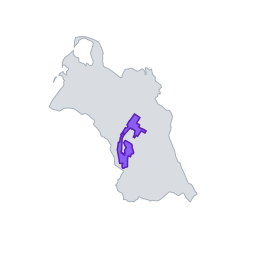 Tejen, Ahal, Turkmenistan (highlighted), rotated 34°
{"feature_id": "10190150B49022220136906", "entity_name": "Tejen", "entity_type": "district", "adm_level": 2, "iso_a3": "TKM", "parent_name": "Turkmenistan", "parent_adm1": "Ahal", "projection": "robinson", "projection_center": [60.242, 38.323], "detail": "fine", "context": "in_parent", "style": "filled", "palette": "violet", "viewbox_px": 256, "rotation_deg": 34, "n_neighbors": 0, "source": "geoboundaries", "source_scale": "gbopen_adm2", "svg_char_len": 6140}
<svg xmlns="http://www.w3.org/2000/svg" viewBox="0 0 256 256"><g transform="rotate(34 128 128)"><path d="M79.7,89.7L90.3,90.2L93.5,90.6L94.8,89.2L94.8,88.9L94.3,88.6L93.5,87.6L92.9,81.0L93.8,80.1L94.9,79.4L96.5,77.3L97.3,76.7L98.5,76.2L102.5,76.0L104.2,75.6L105.7,73.3L106.0,71.9L107.1,70.8L107.7,70.8L110.4,71.8L111.0,72.2L111.9,74.0L112.9,73.9L113.0,73.6L112.9,73.2L112.2,72.1L110.5,70.2L108.8,68.9L108.7,68.5L110.1,67.6L113.0,68.0L113.7,67.7L114.5,66.1L118.2,69.6L118.9,70.0L121.9,70.4L122.4,70.9L123.5,72.9L124.5,73.5L125.8,73.9L131.1,73.9L132.8,75.3L133.1,75.6L132.7,76.6L132.6,78.4L132.2,79.1L132.5,79.4L134.4,80.2L135.5,81.4L135.6,81.9L135.3,82.2L134.4,82.1L134.0,82.6L134.0,83.5L134.6,84.4L134.8,85.3L133.9,87.2L133.9,88.0L134.1,88.4L139.0,91.3L139.8,91.4L144.4,90.9L145.3,91.2L149.4,91.8L150.6,91.7L151.3,90.8L152.1,90.4L152.8,90.4L154.7,91.0L156.8,92.2L158.2,93.4L158.8,94.4L160.8,100.0L162.0,102.3L163.5,103.5L164.5,105.7L165.5,110.5L166.0,111.5L168.3,113.4L179.8,121.2L183.3,124.8L188.7,128.2L190.6,127.8L194.9,131.4L197.6,132.7L201.0,134.9L208.3,139.8L209.9,140.0L211.6,139.3L213.1,139.7L215.9,141.0L218.8,142.9L221.3,143.5L222.1,144.4L222.1,144.8L220.8,147.2L220.7,150.3L220.9,154.4L220.2,154.4L215.3,153.3L210.6,150.8L209.5,151.6L209.0,152.4L207.9,155.9L201.6,156.2L197.9,157.9L194.7,169.4L194.0,170.8L192.0,172.7L188.4,174.5L187.9,175.3L187.7,176.0L187.3,176.2L185.3,176.2L177.7,178.7L176.1,178.7L175.4,178.9L175.1,179.3L176.0,181.6L175.3,182.3L174.8,183.4L174.5,185.4L169.5,188.5L168.4,188.9L166.4,188.6L165.4,188.9L164.3,189.9L163.8,189.6L163.5,188.6L163.0,188.0L159.9,185.4L156.3,185.8L154.9,185.6L153.9,185.2L152.2,183.8L151.2,182.4L150.0,182.6L149.7,181.9L149.7,181.2L150.0,180.3L149.9,178.5L149.2,177.3L148.5,176.7L149.3,174.8L149.3,173.3L148.8,171.6L148.6,169.3L148.7,167.0L148.0,165.9L137.5,166.0L133.7,160.7L132.2,159.4L127.0,157.1L125.5,155.9L124.4,154.6L124.1,152.8L123.5,151.7L122.7,151.5L118.6,149.4L116.9,148.9L114.7,149.4L113.4,148.8L111.8,149.6L111.2,149.7L109.5,149.2L107.4,147.3L105.7,146.5L102.1,145.3L99.5,144.9L97.3,144.2L97.1,143.9L97.0,142.3L96.7,141.6L96.1,140.8L95.2,140.2L91.3,140.2L89.6,139.6L88.2,139.5L85.1,139.7L84.1,140.1L83.5,140.6L83.1,142.2L82.8,142.4L79.8,142.5L73.5,142.1L70.8,142.9L66.6,145.3L64.2,147.3L63.5,148.3L62.0,151.9L61.4,152.4L60.6,152.8L59.8,152.9L56.0,154.3L54.5,154.6L50.8,154.4L50.0,149.1L49.8,144.9L50.3,139.1L50.2,135.3L51.0,129.6L50.8,128.2L48.9,125.7L48.7,124.0L47.5,123.9L45.7,122.4L43.8,121.8L42.9,121.8L42.0,122.2L41.4,123.1L41.0,121.7L41.0,120.4L42.6,117.5L43.5,118.3L44.6,118.6L47.5,118.5L47.2,117.5L45.8,116.5L45.5,115.2L45.7,113.8L46.1,112.6L45.7,112.0L45.0,111.7L43.4,111.8L39.4,111.3L38.9,112.8L40.0,114.8L38.2,112.5L37.0,110.2L36.3,107.5L36.3,104.6L38.0,100.0L39.4,94.3L40.9,96.7L42.0,97.7L44.5,98.4L45.7,98.2L47.0,97.6L48.2,97.8L50.1,100.3L51.5,100.6L54.5,99.6L55.8,99.4L57.0,99.8L58.3,99.9L57.8,98.7L57.6,97.6L58.3,97.0L60.6,97.6L62.4,96.9L62.8,96.7L63.0,95.7L62.8,93.7L62.4,92.9L61.3,91.8L57.3,89.0L56.0,87.9L54.9,86.5L53.2,80.8L51.9,77.2L51.3,76.8L49.0,76.5L44.5,77.4L42.9,77.2L42.1,77.6L40.3,79.1L39.4,80.4L38.1,83.4L39.0,84.3L38.1,89.4L38.4,91.5L37.0,89.0L35.3,86.3L33.9,82.3L36.7,79.6L39.0,77.7L41.5,76.3L44.1,75.4L49.9,73.9L53.0,73.4L55.6,73.3L57.6,74.2L62.8,77.4L65.1,79.3L65.7,80.0L66.3,81.8L70.1,87.5L71.1,88.3L72.5,90.1L74.0,90.6L79.7,89.7ZM40.6,130.6L40.4,131.4L39.7,129.1L39.4,126.5L39.9,125.8L40.5,125.9L39.9,126.8L40.6,130.6Z" fill="#d9dde1" stroke="#a8b0b8" stroke-width="1"/><path d="M137.9,121.1L136.4,121.2L136.4,120.2L136.2,119.7L135.8,118.9L135.7,118.9L135.1,118.8L133.9,119.1L133.7,119.1L133.3,119.2L133.2,119.3L133.0,119.2L132.5,119.1L132.4,118.5L132.3,118.2L132.1,112.8L125.5,112.7L125.5,112.9L125.6,113.2L125.7,113.7L125.5,114.0L125.4,120.7L125.4,120.9L125.1,121.1L125.1,121.4L125.2,121.7L125.2,122.4L125.2,123.4L125.4,123.5L125.4,126.0L126.5,126.3L126.9,126.6L127.0,126.7L127.0,126.9L127.2,127.2L127.0,128.0L126.6,128.8L125.7,129.2L125.7,130.3L125.8,131.1L125.8,133.4L125.9,134.5L127.0,134.5L127.2,135.8L125.8,136.0L125.8,137.7L125.8,137.8L126.6,138.0L126.9,138.1L127.0,138.2L127.0,140.2L127.0,140.3L127.1,140.6L128.8,143.9L129.1,144.4L129.1,144.5L128.4,145.0L128.0,145.2L128.2,145.7L131.3,152.0L133.5,154.3L134.9,155.7L136.1,157.0L137.1,158.0L137.5,158.5L138.4,159.1L139.1,160.2L140.2,161.4L140.9,162.0L143.5,160.2L143.8,160.5L143.4,161.1L143.8,161.7L143.8,161.8L144.2,162.5L144.6,163.3L145.2,163.9L145.3,164.0L145.8,164.1L146.2,164.2L146.3,164.1L147.1,163.6L147.3,162.6L147.7,162.1L147.9,161.9L148.0,161.7L148.6,161.2L149.0,160.7L149.2,160.4L149.0,160.1L148.6,159.5L146.7,156.6L146.3,156.0L145.5,154.7L144.6,153.3L144.5,153.0L144.4,152.8L143.7,151.0L146.2,150.4L146.2,150.2L145.7,149.2L145.4,148.7L145.3,148.4L145.5,147.2L146.4,146.8L146.5,146.8L146.7,146.1L146.4,145.1L143.7,142.9L142.4,142.0L141.6,140.6L140.4,139.5L137.9,139.4L136.8,139.5L136.0,139.5L135.4,139.5L134.8,139.6L134.2,139.6L133.9,139.7L133.6,139.8L133.3,139.8L132.7,139.8L132.6,140.1L132.6,140.5L132.7,141.2L132.7,141.5L132.7,141.8L132.6,142.2L132.7,142.7L135.8,144.5L136.9,145.1L137.0,145.1L137.5,145.3L137.6,148.4L138.3,149.1L138.8,150.0L139.3,150.6L139.7,150.7L139.8,150.7L139.8,150.8L139.7,151.4L139.9,151.8L140.0,151.9L140.3,152.2L140.3,152.3L140.3,152.6L139.8,152.5L139.6,152.3L139.6,152.2L139.5,151.9L139.1,151.8L138.9,151.8L138.7,152.5L138.5,152.4L138.3,152.0L138.1,151.7L137.1,151.7L137.1,151.8L136.9,152.0L136.6,152.5L136.0,151.9L135.9,151.8L135.4,151.5L135.4,150.7L135.2,150.3L134.2,148.5L131.8,144.6L131.5,144.1L129.0,140.0L128.9,139.0L128.9,138.5L128.8,138.2L128.6,137.6L128.6,137.4L128.7,135.2L128.8,134.2L128.9,133.0L129.1,131.9L129.5,128.6L129.7,127.9L129.7,127.6L129.9,127.2L130.3,126.5L130.6,126.6L131.3,126.8L131.3,126.7L131.6,126.4L135.3,126.3L136.1,127.7L136.1,128.1L136.9,129.8L137.0,129.9L137.3,130.5L137.3,131.4L137.3,131.9L137.5,132.5L138.9,132.4L139.0,129.7L140.6,129.5L140.6,125.1L140.6,124.5L140.6,122.9L143.6,122.8L144.7,122.7L144.8,122.7L145.0,122.2L144.7,121.6L144.6,121.0L144.7,120.4L143.3,120.3L143.1,120.3L141.6,120.4L140.7,120.6L140.2,120.8L139.4,121.0L137.9,121.1Z" fill="#8b5cf6" stroke="#5b21b6" stroke-width="1.5"/></g></svg>